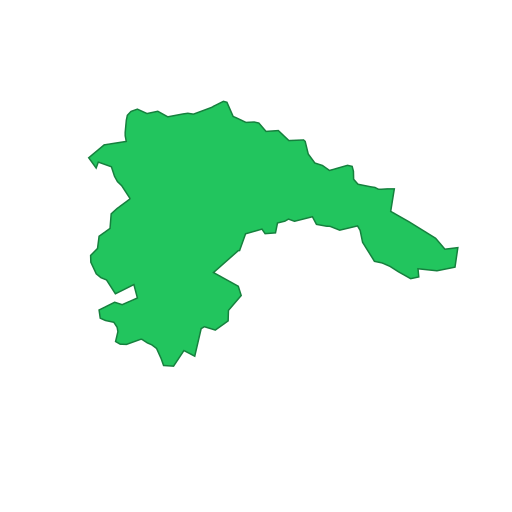 Abak, Akwa Ibom, Nigeria (Mercator projection), rotated 290°
{"feature_id": "59680162B70631413452384", "entity_name": "Abak", "entity_type": "district", "adm_level": 2, "iso_a3": "NGA", "parent_name": "Nigeria", "parent_adm1": "Akwa Ibom", "projection": "mercator", "projection_center": [7.771, 4.989], "detail": "fine", "context": "isolated", "style": "filled", "palette": "green", "viewbox_px": 512, "rotation_deg": 290, "n_neighbors": 0, "source": "geoboundaries", "source_scale": "gbopen_adm2", "svg_char_len": 1730}
<svg xmlns="http://www.w3.org/2000/svg" viewBox="0 0 512 512"><g transform="rotate(290 256 256)"><path d="M126.7,158.5L128.6,164.5L138.2,176.0L138.7,177.2L137.2,183.6L136.9,188.4L135.1,194.2L127.1,202.0L121.5,206.6L124.3,216.2L142.5,220.6L140.9,232.7L169.0,229.3L171.9,231.7L172.5,243.1L185.5,252.0L195.5,248.7L213.8,255.6L221.5,249.7L225.9,221.7L255.0,237.5L255.5,238.7L273.3,238.6L283.3,252.4L280.1,256.9L284.4,266.4L294.4,264.9L298.6,271.2L301.8,273.9L301.8,280.3L312.2,295.6L306.4,302.0L308.1,312.0L309.2,315.4L308.9,325.8L319.0,341.1L315.7,345.1L305.3,351.5L293.5,366.6L291.5,369.1L292.6,376.9L292.1,385.4L289.9,395.2L287.6,409.1L292.0,416.1L299.4,412.6L304.0,431.1L313.6,446.8L332.9,442.8L327.0,431.2L334.1,418.7L340.5,388.0L344.0,367.3L366.4,363.0L364.1,356.7L361.5,350.8L360.6,348.2L361.1,344.3L360.3,340.4L358.3,327.3L361.5,321.5L368.9,318.6L373.1,315.7L372.5,311.0L361.5,295.8L363.8,287.5L363.5,279.5L369.7,270.2L380.5,263.0L381.3,261.0L375.7,247.4L381.5,234.1L376.5,222.8L381.9,213.2L381.3,208.5L378.1,200.9L379.1,190.3L379.3,186.8L390.5,176.1L390.2,172.5L382.0,164.7L381.7,164.6L380.5,163.5L374.6,156.6L367.9,148.7L366.8,143.1L364.5,138.8L356.6,125.5L358.4,114.2L352.6,104.9L352.7,103.3L353.4,94.3L349.1,89.1L344.2,87.0L339.3,87.7L327.4,90.8L324.2,92.0L319.3,94.9L308.5,75.3L291.1,65.2L284.0,75.7L290.3,75.7L290.4,89.6L282.5,95.8L278.5,100.4L276.1,105.8L267.0,117.9L266.3,117.9L253.1,109.2L246.1,105.5L232.0,109.4L220.9,101.8L208.9,104.5L200.0,100.4L193.7,102.9L184.6,112.0L182.6,117.7L182.4,123.7L172.4,136.8L187.4,151.0L176.0,158.9L164.5,146.9L164.2,139.0L151.6,127.0L144.3,130.9L143.9,136.5L145.1,145.1L141.5,149.9L137.7,152.1L127.6,153.3L126.7,158.5Z" fill="#22c55e" stroke="#15803d" stroke-width="1.5"/></g></svg>